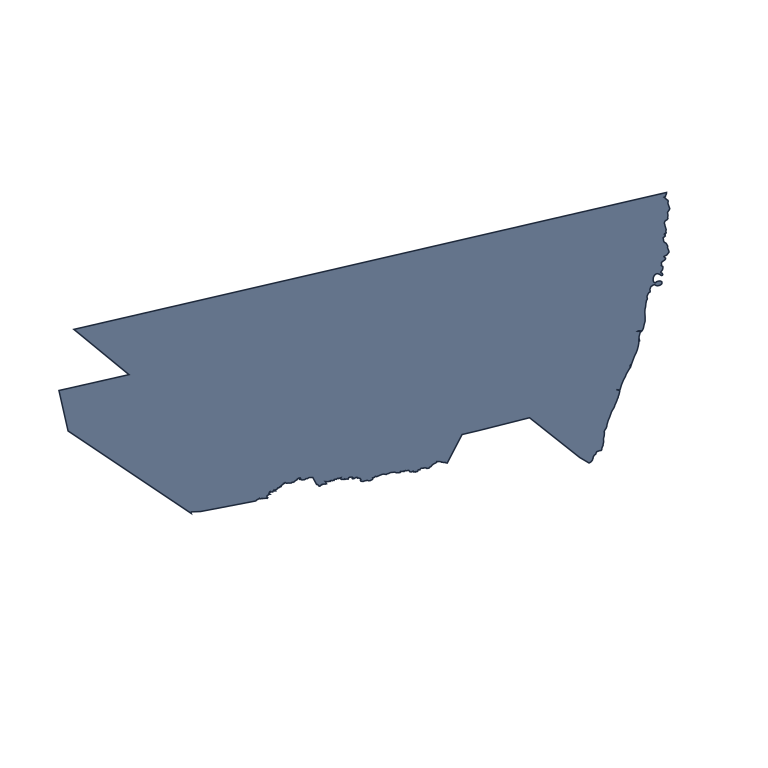 Vanimo/Green River District, Sandaun, Papua New Guinea (Equal Earth projection), rotated 77°
{"feature_id": "67681753B35177268475700", "entity_name": "Vanimo/Green River District", "entity_type": "district", "adm_level": 2, "iso_a3": "PNG", "parent_name": "Papua New Guinea", "parent_adm1": "Sandaun", "projection": "equal_earth", "projection_center": [141.584, -3.431], "detail": "fine", "context": "isolated", "style": "filled", "palette": "slate", "viewbox_px": 768, "rotation_deg": 77, "n_neighbors": 0, "source": "geoboundaries", "source_scale": "gbopen_adm2", "svg_char_len": 6056}
<svg xmlns="http://www.w3.org/2000/svg" viewBox="0 0 768 768"><g transform="rotate(77 384 384)"><path d="M507.1,202.0L506.6,200.2L506.0,199.2L504.9,197.9L503.8,197.4L503.3,196.9L502.5,196.7L502.0,196.4L500.7,195.1L500.4,194.5L500.1,193.6L498.3,192.4L497.8,191.8L497.4,188.4L497.7,187.7L497.5,187.2L497.1,186.7L496.5,186.4L495.6,186.2L494.0,185.1L493.3,184.4L492.1,184.1L489.9,183.0L487.0,182.5L486.1,182.2L484.1,181.1L482.2,180.5L480.6,180.1L480.2,180.3L478.8,179.4L476.9,177.4L475.0,176.2L474.2,176.1L469.9,173.7L466.4,171.1L465.9,170.9L464.0,169.6L462.6,168.8L461.0,167.4L459.0,165.4L457.4,164.2L456.3,163.7L455.3,162.8L453.5,161.5L452.6,160.8L451.1,160.0L449.9,158.9L448.7,158.5L447.4,157.5L443.9,155.8L443.5,155.9L441.7,158.9L442.4,156.8L443.0,155.6L442.2,155.0L438.1,152.7L433.9,149.7L430.9,147.0L429.1,145.9L428.0,144.9L422.9,140.1L422.3,140.1L421.8,140.3L421.2,139.8L422.4,139.6L419.6,137.9L413.7,134.0L411.6,132.4L410.5,131.4L407.5,129.4L404.0,127.6L401.4,126.5L398.9,125.9L399.6,125.6L399.6,125.4L399.5,125.2L397.1,125.2L395.4,124.9L391.4,122.8L391.0,122.2L390.9,121.7L390.7,121.4L390.3,122.8L389.9,123.9L389.8,125.0L389.7,125.2L389.4,124.2L389.5,123.5L390.0,121.7L390.1,120.7L389.3,119.7L387.8,118.6L384.5,117.1L382.4,115.9L381.4,115.4L377.5,114.5L372.7,113.7L369.7,112.8L367.8,111.8L364.2,110.6L363.2,110.1L361.7,109.5L360.8,108.5L359.8,108.1L358.5,108.2L357.4,107.8L355.7,106.5L354.5,105.3L354.3,104.2L354.1,104.0L353.3,103.7L351.6,103.7L350.4,102.8L349.7,102.5L348.9,101.6L348.7,100.7L348.2,99.8L348.0,98.1L349.2,96.8L349.8,95.7L349.9,95.0L349.9,93.1L349.6,92.2L349.1,91.1L348.6,90.6L347.5,90.3L346.9,90.3L346.1,91.1L345.7,91.8L345.5,93.0L345.5,94.0L345.6,95.3L346.4,96.8L346.3,97.2L345.4,98.2L344.7,98.4L343.4,98.4L340.8,97.6L339.2,96.3L338.7,95.7L338.0,94.2L337.9,93.5L338.0,92.8L338.2,92.3L339.2,90.7L340.1,90.0L340.8,89.1L340.7,88.3L340.2,87.8L339.1,87.9L338.7,88.0L337.8,89.1L337.3,89.2L336.8,88.7L335.3,86.9L333.6,86.1L332.6,85.9L332.2,85.9L331.0,87.2L330.3,86.7L328.3,86.5L327.5,85.5L326.5,83.1L326.4,82.7L325.4,81.5L324.7,81.3L323.6,82.3L322.7,82.5L321.9,79.4L319.6,76.6L318.7,76.5L315.0,77.1L313.7,76.6L313.1,76.6L310.5,77.4L310.1,77.7L309.0,78.9L308.1,79.3L307.3,79.4L306.3,79.2L304.4,79.2L303.1,76.7L302.5,76.9L302.0,76.4L301.6,76.4L301.0,77.1L300.6,76.6L300.4,75.2L300.1,75.0L299.2,75.1L298.3,75.0L297.2,74.3L292.6,74.6L291.8,74.5L290.3,74.7L289.0,74.0L288.2,73.1L287.6,71.2L286.6,70.1L285.6,70.2L284.0,69.5L282.8,69.3L280.8,69.2L280.3,68.9L278.3,66.7L277.4,66.1L272.2,66.7L271.3,66.6L270.0,66.0L269.0,66.0L267.4,67.5L266.5,67.8L265.0,69.1L264.7,67.9L264.3,67.4L263.7,67.2L262.2,66.0L260.9,65.6L261.0,673.9L317.5,630.4L317.2,702.2L358.7,702.4L466.8,600.9L465.6,601.0L465.3,600.2L467.0,591.5L469.1,535.6L469.0,535.0L468.6,534.5L468.2,533.8L468.2,533.1L467.8,532.5L467.9,531.8L467.3,531.1L467.9,530.7L468.2,529.9L467.9,529.1L468.4,528.5L468.1,527.8L468.5,527.1L468.8,524.6L469.2,523.5L468.6,522.8L467.7,523.5L466.5,523.0L466.3,522.1L465.7,521.2L465.8,519.8L465.4,520.1L464.8,520.8L463.3,519.7L463.1,519.0L463.9,518.8L463.8,517.7L464.2,516.7L463.5,516.3L463.0,515.5L462.5,515.0L463.0,514.7L463.6,514.8L463.8,513.5L463.4,513.6L462.9,514.0L462.3,511.8L461.9,511.1L461.4,511.0L461.3,510.4L461.5,509.8L461.2,509.1L460.8,508.9L461.0,507.8L460.8,507.3L460.3,507.5L459.7,506.6L459.0,504.9L458.5,504.4L458.2,504.3L458.3,503.9L458.5,503.5L458.4,503.3L457.9,502.9L457.7,502.5L458.6,501.6L458.8,501.3L458.9,500.7L458.9,499.6L459.2,499.0L459.3,498.6L459.3,498.2L459.6,496.9L459.6,496.5L459.4,496.2L459.1,495.9L459.1,495.3L459.4,494.8L459.2,494.3L459.2,493.9L459.2,493.6L458.3,492.2L457.8,490.5L457.7,490.2L457.3,490.2L456.6,488.7L456.5,488.0L456.5,487.3L456.7,486.7L457.0,486.6L457.2,487.5L457.5,487.9L457.9,487.8L458.1,487.5L458.3,486.5L458.4,486.2L458.8,486.0L459.1,485.3L459.2,484.1L459.4,483.1L459.1,482.1L458.8,481.7L458.6,481.2L458.7,480.9L459.0,480.3L458.9,479.6L458.6,479.0L458.4,478.6L458.3,477.9L459.1,474.4L466.7,472.3L466.7,471.8L468.0,470.6L468.6,470.5L469.0,470.1L469.2,469.4L468.4,468.4L468.4,467.4L467.9,467.3L467.8,466.6L468.0,466.1L468.0,464.9L468.4,463.8L468.3,462.4L467.2,462.8L466.3,462.8L465.8,463.1L466.6,460.5L466.5,459.8L466.7,459.3L466.6,458.6L466.8,458.1L466.1,458.0L466.2,456.7L466.7,455.9L466.4,455.1L466.7,454.3L465.8,453.9L465.9,452.2L466.2,451.7L465.9,451.3L465.6,450.8L465.4,450.0L465.8,449.7L466.1,449.4L465.7,448.2L465.6,447.0L466.2,447.5L467.0,447.4L467.5,446.8L467.6,445.8L468.0,444.5L467.6,443.7L468.2,443.4L468.1,442.8L468.3,441.2L468.7,440.4L468.3,440.0L467.4,439.6L467.1,438.3L467.6,435.9L468.4,435.3L469.0,436.2L469.3,436.0L469.5,434.5L468.7,432.3L468.9,431.2L469.8,431.1L469.7,430.3L470.2,429.5L470.6,428.5L471.8,428.0L472.3,428.7L473.6,428.3L474.2,426.6L474.3,425.7L474.0,424.7L474.0,424.0L474.2,423.2L474.0,422.5L474.1,421.9L474.8,420.9L475.1,419.3L474.4,416.7L473.6,416.1L472.9,416.2L472.8,414.3L472.0,413.2L472.7,411.9L472.4,411.0L472.4,410.5L471.9,408.0L471.9,407.3L471.6,406.4L471.7,405.4L471.7,404.6L472.7,402.1L472.4,401.6L472.2,400.5L472.3,399.5L471.9,398.6L471.8,397.6L471.8,396.8L472.0,395.9L472.3,393.3L473.0,392.4L473.4,391.6L473.4,391.0L473.8,389.6L473.9,388.2L473.3,387.4L472.9,387.6L472.8,387.3L473.3,386.3L473.2,385.7L473.4,385.4L473.4,384.7L473.8,384.4L473.8,384.1L473.2,383.8L473.4,383.3L473.4,382.9L473.1,382.5L473.6,381.7L473.6,379.7L473.8,379.2L475.3,378.6L475.7,377.7L475.9,376.8L475.7,376.2L475.4,375.2L476.0,375.0L476.2,374.6L476.4,374.7L476.5,374.1L476.7,373.7L476.5,373.1L476.9,372.9L476.7,372.3L476.7,372.1L476.6,371.7L476.8,371.3L476.6,370.8L475.4,370.0L475.3,369.5L475.8,368.4L475.1,367.9L474.4,366.7L474.9,364.8L474.9,364.4L474.7,364.2L474.9,363.7L474.7,362.9L474.8,362.7L475.2,362.3L475.3,361.8L475.9,361.4L476.1,359.9L476.0,358.8L475.4,358.3L475.0,356.8L473.9,355.4L473.1,353.8L472.5,351.2L472.1,350.3L471.4,350.1L472.2,346.9L472.6,345.9L473.1,345.7L473.3,345.0L473.4,344.4L473.8,343.9L474.1,343.0L474.0,342.3L474.2,341.9L474.6,341.7L475.3,340.2L450.8,319.3L450.7,302.7L449.6,249.8L499.7,209.8L507.1,202.0Z" fill="#64748b" stroke="#1e293b" stroke-width="1.5"/></g></svg>